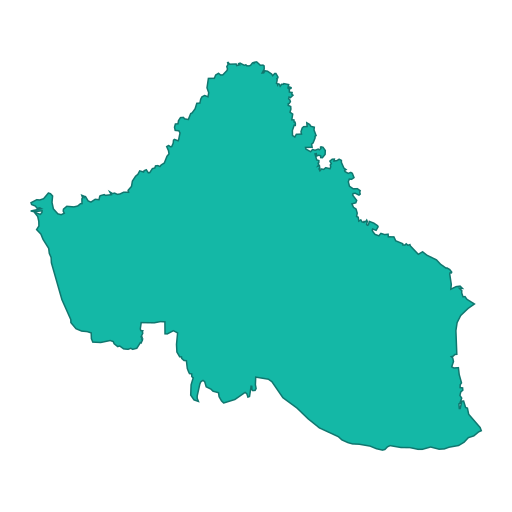 Pabna, Rajshahi, Bangladesh (Robinson projection)
{"feature_id": "16705992B46384724638491", "entity_name": "Pabna", "entity_type": "district", "adm_level": 2, "iso_a3": "BGD", "parent_name": "Bangladesh", "parent_adm1": "Rajshahi", "projection": "robinson", "projection_center": [89.41, 24.081], "detail": "fine", "context": "isolated", "style": "filled", "palette": "teal", "viewbox_px": 512, "rotation_deg": 0, "n_neighbors": 0, "source": "geoboundaries", "source_scale": "gbopen_adm2", "svg_char_len": 5996}
<svg xmlns="http://www.w3.org/2000/svg" viewBox="0 0 512 512"><path d="M249.5,396.5L251.1,386.2L251.8,386.3L251.9,389.7L252.7,390.6L255.1,390.4L256.1,388.5L255.4,384.7L255.7,377.1L268.4,379.2L271.9,381.7L282.9,397.7L296.8,407.9L308.2,418.9L319.4,427.9L338.4,436.7L341.9,439.9L347.9,442.6L352.5,443.9L359.1,444.2L370.1,446.1L376.4,448.7L382.5,450.1L384.9,449.5L387.5,446.8L390.1,445.6L400.9,447.5L410.0,447.6L418.0,449.3L422.4,449.3L430.6,447.0L439.1,449.2L444.3,448.9L449.1,447.2L458.6,445.5L464.1,442.2L468.4,437.6L473.8,435.9L478.6,431.9L481.3,430.7L480.1,427.5L468.7,414.3L467.4,408.1L465.6,407.5L463.6,401.0L461.8,401.2L460.2,408.5L459.3,408.5L458.9,403.9L459.8,403.4L461.7,398.1L459.9,395.4L460.8,391.9L462.8,390.2L462.6,387.9L460.1,387.6L460.2,384.7L461.5,382.9L459.2,374.6L458.4,367.7L453.8,368.0L451.7,366.8L453.5,361.5L452.7,357.9L451.3,356.7L453.1,356.2L454.9,354.5L456.8,354.3L455.9,330.6L457.1,322.6L460.7,315.5L468.1,308.4L474.4,304.0L466.9,299.3L465.0,296.6L463.0,296.8L461.7,292.9L461.8,290.7L459.4,288.3L462.4,288.4L460.1,286.1L456.2,286.6L450.8,289.2L451.3,284.5L449.7,274.0L450.1,272.8L451.4,272.9L451.7,272.1L449.7,269.5L446.9,267.9L446.1,268.2L440.5,264.2L436.5,259.9L426.9,255.2L422.6,251.8L418.3,254.3L410.3,245.9L409.9,244.6L407.9,245.3L406.2,243.8L404.9,245.1L402.8,244.9L402.7,243.7L395.7,240.8L393.9,236.9L388.3,236.8L388.1,234.2L384.6,234.6L380.9,233.4L378.9,235.8L375.0,234.4L372.8,231.6L372.2,230.1L372.6,229.0L376.1,230.3L378.1,226.8L377.6,225.7L373.8,223.1L369.3,221.4L368.4,224.8L367.4,225.3L366.6,224.4L367.3,221.5L366.7,220.1L365.7,221.6L364.0,221.5L363.9,222.4L362.0,221.9L360.8,219.9L358.8,221.1L358.2,217.2L356.6,216.5L357.2,213.1L356.0,209.0L353.5,207.4L351.9,203.9L355.8,202.8L356.7,200.4L352.7,195.2L353.0,193.6L355.1,193.2L359.0,195.1L360.2,194.1L359.7,192.0L360.2,190.7L357.4,188.7L353.2,188.8L349.5,186.3L348.3,181.8L349.3,179.1L351.6,179.3L354.0,177.6L352.3,173.3L350.8,172.4L348.2,173.4L344.9,171.5L344.6,170.3L346.0,169.6L343.9,168.1L341.4,162.4L341.4,160.4L339.1,159.2L337.0,160.6L334.0,161.0L334.4,159.1L332.2,159.2L329.9,161.1L331.3,163.7L330.3,164.9L330.7,166.9L330.0,168.7L325.7,167.7L323.7,169.4L321.4,169.0L319.9,170.8L319.0,168.9L319.8,168.4L319.4,165.6L317.9,166.1L318.7,165.0L318.1,163.1L318.8,162.7L318.9,160.6L316.7,159.9L315.0,153.9L316.3,153.6L316.6,156.1L318.3,155.3L319.9,155.5L320.7,155.9L320.7,157.6L322.4,157.7L325.1,154.4L325.3,150.5L323.0,147.3L321.0,146.8L320.5,147.2L320.9,148.6L319.3,149.8L318.2,149.1L315.0,150.3L312.6,149.5L310.6,151.7L305.9,149.1L305.5,147.4L312.1,147.3L311.6,144.1L313.1,142.9L315.1,137.9L315.0,136.3L316.1,135.6L314.0,130.0L314.3,127.2L310.8,126.3L309.7,124.5L306.8,122.8L307.1,126.5L303.6,126.7L302.2,128.0L301.0,131.7L301.5,134.1L296.3,134.3L294.8,137.0L292.5,135.5L292.4,130.4L294.2,125.2L295.3,125.4L295.4,123.7L295.0,122.1L294.2,122.1L293.9,119.9L291.8,119.8L292.7,114.1L290.0,112.2L290.9,109.1L290.7,106.5L288.2,105.4L288.3,103.7L289.0,103.7L290.4,101.7L289.9,100.0L288.6,98.8L289.1,97.0L290.4,97.7L293.0,95.2L291.8,94.2L292.1,92.5L289.4,92.1L289.3,89.1L291.0,88.4L291.1,87.6L289.6,87.0L288.4,88.4L287.9,88.0L288.7,84.6L283.8,83.6L283.4,84.3L281.8,84.2L280.2,86.2L279.5,84.3L278.4,83.9L277.7,84.9L277.6,83.9L276.5,83.4L277.2,79.7L276.8,78.6L277.9,77.8L277.9,76.9L275.9,73.5L274.7,73.5L272.7,75.7L271.6,74.0L267.5,71.2L265.0,70.8L263.7,72.9L262.1,73.0L264.2,69.1L264.1,65.9L263.0,65.1L260.4,65.3L256.7,61.9L254.8,62.1L254.0,63.2L253.6,62.5L252.5,62.9L250.5,65.4L249.0,65.9L246.7,65.8L245.9,64.8L244.3,65.3L240.0,63.1L239.5,63.4L239.6,64.7L238.5,63.9L238.3,65.2L236.7,65.6L236.2,64.0L229.6,64.2L228.1,62.4L227.6,62.7L228.2,64.2L226.8,66.6L227.5,68.9L227.0,70.5L222.8,74.9L220.6,75.0L218.5,73.3L215.7,75.0L214.3,78.3L208.4,78.4L207.0,87.8L208.7,92.7L208.0,96.8L204.6,95.5L201.9,96.9L200.7,99.2L199.9,103.1L196.8,103.3L195.1,108.8L192.1,112.9L190.7,113.6L188.3,119.5L184.7,118.9L183.4,117.4L180.5,117.6L178.5,120.6L178.0,123.8L175.4,124.0L174.5,127.2L175.2,130.4L178.9,130.8L180.0,133.0L178.7,139.4L178.1,140.8L174.4,139.4L173.5,140.2L173.2,143.2L171.7,146.6L170.6,146.8L168.6,145.5L166.7,146.6L168.5,150.7L169.0,153.9L167.0,156.2L164.3,163.0L161.1,165.0L160.0,166.5L157.7,165.6L155.5,165.9L154.8,168.0L152.4,168.6L149.7,172.7L148.3,172.8L146.3,169.8L144.1,170.7L143.6,172.0L139.7,170.9L137.9,174.3L135.6,176.2L132.4,181.1L131.5,186.4L128.1,190.3L128.6,192.3L123.7,192.2L119.9,194.0L117.3,194.4L114.6,193.1L112.5,193.6L109.8,191.9L111.3,194.7L105.4,195.4L104.3,194.6L100.6,195.6L99.8,196.1L99.0,199.7L95.2,199.3L90.9,202.1L88.1,200.9L85.5,196.6L84.6,196.4L84.2,197.2L83.8,196.1L81.8,195.3L82.6,197.8L81.9,198.8L82.0,203.6L80.5,203.7L77.7,206.0L73.9,206.9L66.8,206.3L63.5,209.1L63.2,211.1L64.3,213.2L61.2,214.7L57.9,213.9L53.4,208.9L52.0,202.4L52.6,196.0L50.5,193.7L48.4,193.0L43.6,198.7L39.7,200.0L36.8,199.7L31.0,202.7L31.6,204.5L35.4,206.1L37.2,208.4L39.7,207.8L41.4,208.7L30.7,211.0L34.2,211.7L42.0,210.8L42.0,212.4L40.4,214.4L34.4,212.3L37.7,216.5L38.8,221.4L38.9,226.0L36.6,229.6L40.9,234.1L43.0,239.3L48.7,248.4L49.3,253.4L51.1,257.5L51.4,262.8L61.9,299.6L70.8,319.6L70.9,322.6L76.0,328.7L81.7,331.1L87.2,331.6L91.2,332.9L91.4,338.7L92.8,342.1L100.7,342.5L110.2,340.5L113.3,341.6L114.1,343.7L117.7,346.6L119.7,346.0L123.7,348.9L128.1,349.3L130.8,348.3L132.6,349.3L136.8,348.3L140.4,342.6L141.1,343.0L142.4,340.2L142.6,339.0L141.7,339.0L142.2,337.2L141.1,336.8L142.8,333.1L142.3,332.0L142.8,330.8L140.8,330.6L140.3,328.9L141.2,322.6L154.3,322.8L160.3,321.6L164.9,321.8L165.0,333.8L167.3,333.9L173.4,330.7L177.6,332.9L176.5,344.4L176.9,352.0L179.7,356.8L181.5,356.9L181.7,358.4L184.0,360.5L186.4,360.7L187.3,368.5L188.6,371.8L189.5,373.6L191.7,373.9L191.8,376.6L193.2,377.8L191.1,384.8L190.7,395.1L194.0,399.9L198.4,401.4L197.2,398.3L197.2,395.9L199.9,383.8L200.9,381.7L203.0,380.4L204.7,381.7L206.2,386.8L210.9,389.1L213.0,391.2L218.5,392.7L219.1,396.7L221.5,400.9L223.7,403.0L234.9,399.5L245.1,392.4L246.9,393.9L247.9,397.1L249.5,396.5Z" fill="#14b8a6" stroke="#0f766e" stroke-width="1.5"/></svg>